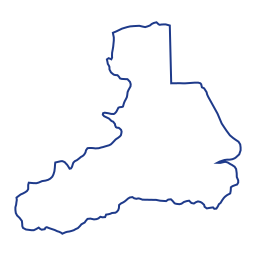 Song, Sarawak, Malaysia (Natural Earth projection)
{"feature_id": "92858781B41369964486545", "entity_name": "Song", "entity_type": "district", "adm_level": 2, "iso_a3": "MYS", "parent_name": "Malaysia", "parent_adm1": "Sarawak", "projection": "natural_earth1", "projection_center": [112.482, 1.826], "detail": "fine", "context": "isolated", "style": "outline", "palette": "blue", "viewbox_px": 256, "rotation_deg": 0, "n_neighbors": 0, "source": "geoboundaries", "source_scale": "gbopen_adm2", "svg_char_len": 3716}
<svg xmlns="http://www.w3.org/2000/svg" viewBox="0 0 256 256"><path d="M61.6,233.0L62.3,233.7L65.5,232.3L67.2,231.8L69.3,231.5L71.3,231.0L73.8,230.2L75.5,229.2L77.9,228.1L79.9,226.1L81.4,224.3L84.7,222.5L85.7,221.0L87.5,218.9L90.4,218.6L94.0,219.4L96.6,219.1L98.4,218.4L100.4,216.8L102.4,217.3L105.1,217.1L106.1,214.6L108.2,214.3L110.2,213.8L112.0,213.0L115.4,212.7L116.7,211.9L118.2,210.2L118.9,208.1L119.1,205.0L121.2,203.3L122.6,202.7L124.6,201.5L126.2,200.2L128.0,198.6L129.8,197.5L132.4,197.1L134.2,198.3L136.4,198.8L138.2,198.4L139.6,198.6L142.6,199.7L144.3,199.7L156.2,199.9L160.1,200.7L166.1,201.1L168.2,199.6L170.9,199.3L172.4,200.7L174.6,203.3L176.1,203.8L179.4,204.2L181.5,203.7L183.9,202.0L186.7,201.1L189.1,200.7L191.4,203.0L193.9,203.5L195.9,202.2L198.0,201.4L200.5,202.0L202.0,202.9L204.1,204.8L204.6,206.8L206.8,208.4L210.1,207.8L213.0,207.4L214.3,208.8L216.4,208.6L217.9,206.3L218.9,204.2L220.5,203.0L221.3,201.7L222.2,200.2L223.7,198.1L224.9,196.8L226.8,195.3L227.8,194.7L229.2,194.0L229.5,193.8L230.2,193.4L230.7,190.9L230.9,187.3L232.4,186.2L235.0,185.2L237.1,184.5L238.2,182.6L238.2,180.4L236.8,177.0L236.7,173.2L236.1,169.0L234.6,166.7L231.9,164.9L230.3,164.1L227.6,162.4L225.2,161.8L222.8,162.3L220.3,162.9L217.3,162.8L219.6,161.6L222.0,160.8L224.5,160.0L226.9,159.7L229.2,159.7L230.7,159.5L232.4,159.2L234.6,158.3L235.8,157.5L239.2,154.4L240.6,150.3L240.6,147.5L240.2,144.4L238.5,141.7L235.5,139.7L233.0,137.9L229.9,135.3L226.5,130.7L224.2,127.3L221.7,123.5L217.5,113.6L208.2,96.8L207.1,94.4L206.6,92.2L204.1,88.3L201.9,87.3L201.2,84.3L200.4,83.3L198.4,82.7L194.2,82.7L190.0,83.0L185.6,83.3L182.4,83.3L179.8,83.2L171.2,83.3L169.8,25.5L165.7,24.4L164.0,24.4L163.9,24.4L161.7,24.5L159.7,24.8L158.6,24.3L156.5,22.3L153.7,23.0L151.7,24.0L149.9,25.5L147.5,26.4L145.2,27.1L142.7,26.6L139.3,25.8L133.8,26.1L130.1,26.4L127.1,27.1L122.1,28.6L116.5,31.3L112.9,32.8L113.2,34.5L113.8,37.4L113.8,40.6L113.2,46.6L112.7,49.6L112.1,52.8L112.0,56.0L112.1,57.6L111.3,59.3L110.0,58.7L108.6,58.2L106.9,59.4L107.5,62.1L107.8,63.9L108.8,65.5L109.4,66.8L109.5,69.5L111.0,72.4L112.8,73.9L113.7,74.6L114.6,74.9L115.9,75.1L116.1,75.1L117.5,75.2L119.0,76.8L120.0,78.4L121.7,78.9L125.0,79.1L127.5,79.2L130.0,81.9L130.7,84.2L130.5,86.4L129.5,88.2L128.5,90.0L127.6,92.1L127.2,95.4L126.8,97.3L125.9,99.1L124.7,101.3L123.9,103.3L123.0,106.5L121.9,107.0L119.7,107.2L118.4,107.7L117.0,110.5L116.2,111.9L114.9,113.3L113.8,114.0L111.1,113.9L108.6,113.3L106.7,113.0L104.7,112.7L103.1,113.2L102.8,114.7L104.1,116.2L107.0,117.6L108.9,118.5L111.5,121.0L113.2,121.7L115.0,124.1L115.1,125.2L115.9,127.1L117.0,127.7L118.7,127.8L120.0,128.8L121.1,129.9L121.6,131.7L121.3,133.5L120.9,135.2L120.0,136.3L118.5,137.5L117.7,138.1L117.0,138.5L115.6,139.5L114.2,141.0L112.3,143.0L110.8,144.4L109.0,145.3L106.9,145.9L105.2,146.4L102.9,147.1L101.1,147.5L98.8,148.2L95.5,148.4L93.1,148.1L91.1,148.0L89.1,148.0L87.5,148.2L86.0,150.3L85.5,152.4L84.5,154.1L83.6,155.2L82.5,156.1L81.0,156.9L79.2,158.4L77.0,160.1L74.8,161.2L73.4,162.6L72.8,164.2L72.0,166.8L71.0,168.4L69.6,168.7L68.1,166.2L67.0,164.6L65.6,163.2L65.0,162.4L63.6,161.6L62.1,161.1L60.4,161.3L55.3,162.5L55.1,163.9L54.8,168.0L54.4,171.3L53.4,174.5L52.3,176.7L50.3,178.6L48.2,179.8L45.5,180.6L42.1,181.1L38.6,182.6L36.4,183.2L33.1,183.1L28.8,182.7L28.2,184.9L28.2,189.1L27.1,190.9L25.3,192.2L22.9,193.5L20.6,194.5L16.5,197.6L16.8,199.9L16.4,202.4L16.1,204.8L15.4,207.3L15.4,209.9L15.8,213.0L17.1,215.5L19.6,217.9L21.9,221.0L22.2,223.8L22.3,226.1L23.0,227.9L26.0,229.5L29.2,229.9L31.5,230.2L33.8,230.2L35.9,229.2L38.7,227.6L40.3,229.0L41.7,229.7L44.7,229.2L45.5,227.7L46.8,227.2L49.3,228.2L54.7,230.0L57.2,231.2L59.2,231.8L61.6,233.0Z" fill="none" stroke="#1e3a8a" stroke-width="2"/></svg>